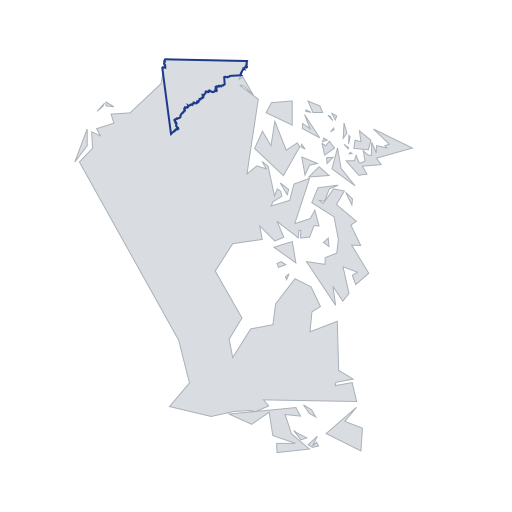 location of Yukon within Canada, rotated 83°
{"feature_id": "CAN-636", "entity_name": "Yukon", "entity_type": "Territory", "adm_level": 1, "iso_a3": "CAN", "parent_name": "Canada", "parent_adm1": "", "projection": "albers", "projection_center": [-131.937, 64.827], "detail": "fine", "context": "in_parent", "style": "outline", "palette": "blue", "viewbox_px": 512, "rotation_deg": 83, "n_neighbors": 0, "source": "natural_earth", "source_scale": "10m", "svg_char_len": 8560}
<svg xmlns="http://www.w3.org/2000/svg" viewBox="0 0 512 512"><g transform="rotate(83 256 256)"><path d="M98.6,363.6L73.4,329.2L49.7,322.4L61.4,241.1L78.5,251.2L76.6,247.4L96.3,238.9L86.7,246.5L84.4,250.1L85.0,251.0L100.6,234.6L173.5,255.0L166.7,244.3L170.7,235.2L163.0,238.4L168.3,233.1L198.7,230.3L192.0,226.7L194.8,223.6L199.9,223.0L204.3,232.7L208.2,234.8L204.9,215.8L189.2,209.5L185.5,193.4L228.6,213.6L225.5,197.7L217.7,192.0L233.9,189.8L232.8,194.6L243.9,200.6L243.5,209.7L237.0,208.5L235.9,208.9L235.9,210.3L243.2,211.8L224.2,230.9L240.7,226.1L243.4,235.5L226.6,248.6L240.3,247.8L240.9,277.6L266.0,298.3L315.8,277.5L335.3,292.8L354.0,291.5L327.7,270.1L326.3,247.6L306.0,242.4L283.3,220.1L293.4,205.1L314.0,198.2L318.3,207.3L337.8,211.6L330.7,183.3L379.5,187.9L390.0,174.6L391.1,192.1L394.3,193.2L393.4,176.0L412.7,173.8L399.7,266.1L406.4,261.7L410.4,275.5L408.6,281.4L407.6,297.3L409.8,320.0L394.9,360.2L373.9,337.5L330.2,343.0L141.2,419.8L129.0,405.0L112.8,404.0L117.7,395.8L110.2,398.7L106.9,380.9L97.5,382.5L98.6,363.6ZM208.5,186.5L212.2,183.0L198.8,170.8L202.3,160.4L214.7,169.9L233.8,152.2L236.9,158.1L258.3,150.8L256.9,159.7L286.9,146.2L296.5,160.5L286.9,162.7L284.4,157.3L277.4,170.9L304.5,168.3L311.4,175.4L295.5,183.3L314.7,183.0L267.7,206.6L272.7,188.6L266.0,187.4L263.0,175.5L249.6,172.2L226.6,173.8L209.9,194.1L195.9,186.3L195.7,165.7L198.4,175.1L209.9,181.3L208.5,186.5ZM144.3,123.9L167.9,87.6L173.6,124.5L180.6,120.6L179.8,139.5L188.2,135.9L188.4,144.2L172.6,154.9L173.4,146.7L168.3,144.4L175.8,142.4L176.7,140.8L174.9,136.1L164.7,136.7L169.5,132.4L170.3,129.2L157.3,127.3L168.2,124.1L161.1,123.0L164.7,113.0L162.3,114.7L161.3,110.1L144.3,123.9ZM124.7,220.9L154.7,213.1L148.8,201.3L152.8,199.2L179.6,219.0L149.1,244.3L133.0,234.4L148.3,227.7L124.7,220.9ZM436.3,261.2L412.7,262.0L422.5,280.8L409.6,302.0L411.3,234.9L420.3,231.4L416.9,246.4L436.7,242.5L454.1,226.5L453.7,259.1L444.5,258.4L446.8,239.5L436.3,261.2ZM106.5,201.2L130.5,204.1L115.0,228.5L105.7,221.9L106.5,201.2ZM144.3,138.1L155.2,127.8L164.3,131.5L161.1,145.8L153.1,143.5L155.4,137.9L144.3,138.1ZM158.7,161.9L179.3,160.9L198.4,149.2L178.7,170.0L158.7,161.9ZM121.6,190.6L146.4,178.4L135.1,194.5L130.2,193.7L136.2,186.8L121.6,190.6ZM418.4,174.7L430.9,188.0L439.9,171.4L462.3,175.6L440.8,208.0L418.4,174.7ZM163.3,198.5L171.6,183.8L172.4,191.7L181.6,197.5L163.3,198.5ZM249.5,237.2L246.1,218.2L267.7,217.3L249.5,237.2ZM175.1,182.5L185.0,173.7L184.0,194.0L175.1,182.5ZM121.7,172.3L120.5,182.0L108.6,185.5L114.8,174.4L121.7,172.3ZM158.5,164.9L164.2,175.6L152.3,176.7L155.1,173.3L151.0,169.2L158.5,164.9ZM134.7,152.4L145.1,150.8L149.8,155.1L134.7,152.4ZM109.4,408.1L126.0,410.1L140.6,424.4L109.4,408.1ZM203.8,159.2L211.1,153.3L217.0,154.6L203.8,159.2ZM186.5,223.0L193.9,215.5L199.1,217.5L186.5,223.0ZM167.5,167.6L172.9,174.2L167.0,174.0L167.5,167.6ZM149.1,148.0L156.1,150.5L147.7,149.1L149.1,148.0ZM247.0,182.1L255.5,182.4L250.8,187.4L247.0,182.1ZM126.3,165.4L131.0,163.3L125.0,167.5L126.3,165.4ZM155.9,194.2L153.2,198.0L150.7,197.1L155.9,194.2ZM442.4,217.1L451.4,223.1L448.3,218.5L452.2,217.1L452.8,223.3L449.7,227.3L442.4,217.1ZM126.9,158.8L130.6,160.7L123.7,163.3L126.9,158.8ZM423.0,216.4L418.6,222.3L409.6,227.0L415.5,219.5L423.0,216.4ZM268.3,227.4L270.0,235.0L266.0,236.1L264.7,231.6L268.3,227.4ZM84.8,386.1L90.5,378.9L88.7,386.5L84.8,386.1ZM155.9,155.0L159.7,151.1L160.9,151.4L155.9,155.0ZM149.7,171.2L150.6,175.9L147.2,174.3L149.7,171.2ZM433.8,239.9L436.9,236.5L442.7,227.8L443.9,233.9L433.8,239.9ZM277.7,225.4L283.2,228.5L280.4,229.3L277.7,225.4ZM120.2,183.7L118.5,189.1L117.0,188.5L120.2,183.7ZM166.0,148.3L166.0,151.1L164.6,149.8L166.0,148.3ZM140.2,163.3L141.9,166.8L138.5,163.3L140.2,163.3ZM85.8,387.6L88.9,389.9L93.0,396.1L85.8,387.6Z" fill="#d9dde1" stroke="#a8b0b8" stroke-width="1"/><path d="M51.6,323.4L49.8,322.4L49.7,322.3L49.7,322.2L61.4,241.1L61.7,241.2L61.7,241.3L61.8,241.3L62.0,241.3L62.5,241.5L63.2,241.7L63.7,241.8L64.0,241.7L64.7,241.8L65.6,242.3L65.1,242.0L65.3,242.3L66.3,242.6L66.5,242.9L66.9,243.0L67.3,243.8L67.9,244.5L68.3,245.2L68.3,245.5L68.5,245.4L68.6,245.5L68.8,245.6L69.0,245.1L68.8,245.2L69.0,245.0L69.2,245.6L69.4,246.2L69.8,246.6L71.5,247.8L71.8,247.9L71.9,248.0L72.2,248.3L72.4,248.5L72.9,248.5L73.1,248.6L73.2,248.8L73.4,248.8L73.8,249.2L74.1,249.3L74.3,249.1L74.6,249.2L74.8,249.0L74.1,259.4L74.1,259.7L74.1,260.0L74.6,260.3L74.8,260.7L74.8,261.2L74.9,261.4L74.8,261.5L74.8,261.9L74.7,262.2L75.0,262.5L74.9,262.6L75.0,263.2L74.9,263.4L74.8,263.9L74.5,264.1L74.4,264.3L74.5,264.5L74.4,264.9L74.5,265.0L74.4,265.3L74.5,265.5L74.6,265.8L82.6,266.2L82.4,266.3L81.8,266.3L81.7,266.5L82.2,267.0L82.3,267.1L82.4,267.3L82.5,267.4L82.6,267.7L82.7,267.9L82.8,268.0L82.7,268.3L82.5,268.5L82.8,269.0L82.7,269.2L82.7,269.3L82.8,269.4L83.0,269.8L83.3,270.0L83.0,270.3L82.9,270.4L83.0,270.6L83.1,271.0L82.8,271.0L82.7,271.2L82.6,271.7L82.4,272.3L82.5,272.4L83.1,272.4L83.3,272.5L83.3,273.1L83.3,273.4L83.3,273.7L82.9,274.0L82.8,274.4L82.9,274.5L83.1,274.6L83.0,275.2L83.1,275.4L83.9,275.5L84.0,275.4L84.0,275.2L84.3,275.2L84.8,274.9L85.4,274.8L85.6,274.9L85.6,275.1L85.6,275.3L85.3,275.7L85.4,275.9L85.6,275.9L85.9,275.8L86.0,275.5L86.0,275.4L86.2,275.2L86.5,274.9L86.8,274.8L87.0,275.2L87.1,275.3L87.4,275.1L87.6,275.2L87.6,275.4L87.6,275.6L87.0,275.9L86.8,276.3L86.8,276.5L87.5,277.1L87.8,277.6L87.8,277.8L88.0,278.1L88.2,278.7L88.1,278.9L87.8,279.1L87.8,279.4L87.7,279.6L87.7,280.0L86.9,280.8L86.8,281.0L86.8,281.4L86.5,281.5L86.2,281.9L86.0,282.0L85.9,282.2L86.2,282.5L86.3,282.5L86.3,282.4L86.5,282.4L86.7,282.2L86.8,282.3L86.9,282.5L86.8,283.0L87.1,283.2L87.5,283.2L87.5,283.3L87.6,283.6L87.3,283.8L87.2,284.0L86.9,284.2L86.9,284.4L87.0,284.7L87.0,284.9L87.0,285.1L86.6,285.3L86.5,285.5L86.8,285.9L87.0,285.8L87.6,285.9L88.2,286.5L88.6,286.6L89.1,287.4L89.4,287.8L89.8,287.9L90.0,288.1L89.9,288.4L89.7,288.7L89.6,288.9L89.5,289.3L90.0,289.2L90.3,289.4L90.5,289.3L90.8,289.1L91.0,289.0L91.1,288.7L91.7,288.9L92.1,288.9L92.4,289.4L92.3,289.5L92.6,289.8L92.4,290.2L92.7,290.3L92.9,290.8L93.1,291.0L92.9,291.3L92.9,291.5L93.2,292.0L93.2,292.3L93.4,292.2L93.6,292.2L93.6,292.3L93.5,292.6L93.7,292.9L94.3,293.3L94.5,293.2L94.9,293.6L95.0,293.9L95.1,294.0L95.8,294.3L96.1,294.3L96.2,294.5L95.8,294.7L95.7,294.9L95.4,295.1L95.6,295.5L96.1,295.2L96.3,295.3L96.2,295.5L96.3,295.7L96.2,295.8L96.8,295.9L96.8,296.2L97.1,296.4L97.3,297.1L97.1,297.4L97.0,297.5L97.0,298.0L96.8,298.3L96.4,298.4L96.2,298.6L96.1,299.0L96.5,299.0L96.8,299.5L97.1,299.6L97.3,300.2L97.4,300.3L97.3,300.5L97.8,300.8L98.1,300.7L98.3,300.7L98.4,300.9L98.1,301.3L98.1,301.5L98.0,301.8L97.9,302.1L98.0,302.3L97.7,302.3L97.7,302.5L97.8,302.6L98.0,302.9L98.3,303.4L98.3,303.5L98.4,303.9L98.6,303.9L98.7,304.1L98.8,304.2L98.8,304.4L98.9,304.6L98.7,304.9L98.6,305.0L99.1,304.9L99.6,305.3L100.0,305.4L100.2,305.6L100.3,305.8L100.2,306.0L99.9,306.0L99.8,306.3L99.9,306.6L100.1,306.7L99.9,306.9L99.8,307.1L99.9,307.7L100.1,308.1L100.3,308.2L100.2,308.3L99.9,308.5L100.1,308.7L100.6,309.0L101.0,308.8L101.4,309.0L101.5,308.9L101.7,309.1L101.8,309.4L102.0,309.4L102.3,309.0L102.4,308.9L103.0,308.8L103.2,309.2L103.7,309.6L103.7,309.9L103.9,310.1L104.2,310.3L104.3,310.6L104.4,311.1L104.5,311.2L104.8,311.0L105.0,311.1L105.4,311.7L105.4,312.2L105.5,312.4L105.8,312.6L106.3,313.1L106.7,313.3L106.9,313.6L107.2,313.7L107.4,313.9L108.1,313.9L108.4,313.8L109.1,314.2L109.2,314.4L109.3,314.8L109.6,315.0L109.6,315.3L109.7,315.8L109.9,316.6L109.8,316.9L109.9,317.1L109.8,317.3L109.6,317.5L109.8,317.9L110.1,317.7L110.3,317.7L110.3,318.2L110.5,318.7L110.5,319.0L110.5,319.5L110.7,319.9L110.7,320.1L110.9,320.3L111.1,320.1L111.3,320.1L111.6,320.3L112.0,319.8L112.3,319.7L112.7,320.0L113.3,319.9L113.5,319.6L113.4,319.3L113.4,319.2L113.6,319.1L113.9,319.1L114.0,319.1L114.0,319.4L114.1,319.5L114.4,319.6L114.5,319.5L114.6,319.0L114.7,318.8L114.8,318.7L115.1,318.8L115.7,319.2L116.4,319.2L117.2,319.5L117.5,319.3L117.9,318.8L118.6,318.7L119.1,318.6L119.2,318.2L119.3,317.7L119.7,317.7L120.0,317.7L120.3,317.6L120.4,317.8L120.7,318.5L121.0,319.0L120.9,319.3L120.5,319.7L120.5,320.0L120.7,320.4L121.3,320.9L121.4,321.2L121.6,321.7L122.1,321.6L122.3,321.6L122.5,322.0L122.5,322.5L122.7,322.9L122.9,323.3L123.2,323.8L123.6,324.3L123.9,324.8L123.7,325.3L123.7,325.5L123.9,325.5L124.3,325.2L124.6,325.3L124.7,325.5L57.8,326.1L57.3,325.4L57.4,325.1L58.0,323.4L58.1,323.1L55.4,322.9L54.0,323.9L53.8,323.9L52.1,322.8L51.7,323.3L51.6,323.4ZM67.1,241.8L67.7,242.2L67.8,242.4L67.7,242.5L67.3,242.4L67.0,242.8L66.8,242.6L66.6,242.3L66.4,242.4L66.8,241.9L67.1,241.8Z" fill="none" stroke="#1e3a8a" stroke-width="2"/></g></svg>